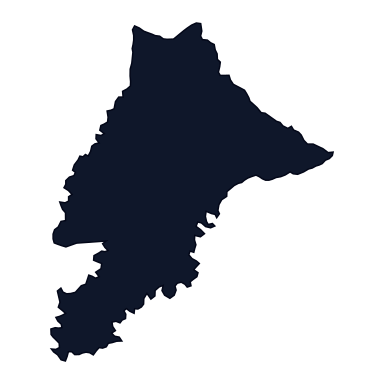 Palma Sola, Santa Catarina, Brazil (orthographic projection)
{"feature_id": "56859067B30119387857874", "entity_name": "Palma Sola", "entity_type": "district", "adm_level": 2, "iso_a3": "BRA", "parent_name": "Brazil", "parent_adm1": "Santa Catarina", "projection": "orthographic", "projection_center": [-53.322, -26.383], "detail": "fine", "context": "isolated", "style": "filled", "palette": "ink", "viewbox_px": 384, "rotation_deg": 0, "n_neighbors": 0, "source": "geoboundaries", "source_scale": "gbopen_adm2", "svg_char_len": 3569}
<svg xmlns="http://www.w3.org/2000/svg" viewBox="0 0 384 384"><path d="M132.5,29.8L133.7,35.4L133.7,40.1L133.1,44.4L132.2,48.6L132.9,52.3L132.5,56.3L131.8,63.2L130.2,69.1L130.1,76.0L130.6,81.8L130.4,86.0L126.8,89.1L122.6,91.3L123.1,97.1L118.7,97.1L115.5,101.5L114.1,108.8L111.0,110.2L107.1,111.0L108.1,117.2L107.6,122.0L104.1,124.1L100.9,125.5L99.8,130.2L104.3,133.6L101.1,135.5L96.2,134.6L96.0,138.8L99.1,142.9L94.9,143.9L91.8,146.2L90.6,151.4L88.2,156.0L85.4,154.5L83.0,156.8L79.9,156.1L78.1,159.9L74.3,164.9L72.6,170.2L75.4,172.3L74.0,175.6L69.4,177.1L65.8,180.6L65.8,184.3L64.0,187.7L68.4,190.5L72.1,194.5L68.6,196.7L68.6,201.1L65.1,202.8L59.8,202.0L61.0,205.5L62.6,209.4L65.5,212.7L65.6,220.6L61.0,221.4L58.2,227.0L54.6,229.7L53.1,234.1L53.1,238.9L54.2,242.9L57.6,244.2L61.9,245.7L65.9,246.9L76.6,243.1L106.2,241.0L102.6,243.7L105.0,247.5L108.1,250.5L105.0,251.7L101.7,251.1L98.6,253.1L94.0,255.6L93.6,260.2L97.4,261.8L101.7,263.5L101.0,268.7L95.7,272.2L99.1,276.7L95.5,278.2L92.2,276.3L88.8,275.1L87.5,279.1L85.8,284.2L81.3,285.7L78.7,288.6L75.4,292.3L70.7,293.5L66.6,293.8L63.0,292.1L60.9,288.1L57.4,291.0L58.7,296.6L60.0,302.2L58.3,307.2L62.6,310.7L65.6,313.4L62.5,315.1L59.5,316.4L55.9,317.4L57.9,321.1L61.3,324.2L61.9,327.7L58.5,328.1L55.2,327.7L50.9,329.0L51.1,334.5L53.2,337.2L56.8,340.7L59.2,343.2L59.4,347.6L55.9,349.4L51.4,349.0L53.6,351.9L57.6,354.8L61.1,359.8L65.4,361.0L67.1,356.5L68.4,351.7L71.7,351.7L74.7,354.6L79.1,354.5L82.4,353.0L86.0,352.2L89.6,352.7L93.3,354.9L96.2,350.9L99.1,347.6L102.6,348.1L106.3,346.8L108.3,343.3L112.1,342.6L116.7,341.2L121.8,341.0L119.2,337.1L114.6,336.2L111.6,333.1L115.4,330.6L112.7,326.5L112.0,322.1L116.0,321.3L120.0,322.9L122.2,320.0L125.5,318.6L125.8,314.2L123.9,310.8L126.4,308.6L129.9,311.3L134.1,313.3L134.6,308.7L137.9,309.0L141.4,307.0L143.6,304.1L143.8,298.6L146.9,293.4L148.9,296.2L150.9,299.1L154.9,296.0L155.1,290.5L159.2,286.9L163.2,285.4L162.0,290.6L164.6,295.2L169.9,298.3L174.2,295.2L176.1,290.1L175.0,286.1L177.3,283.2L181.3,282.2L185.0,284.3L187.2,287.1L191.0,285.8L190.2,281.8L192.9,279.6L196.9,276.7L198.0,272.7L193.7,269.7L196.1,267.0L199.3,263.5L196.4,261.0L192.0,258.6L188.8,254.8L190.0,251.1L193.8,252.3L194.7,248.6L195.9,244.8L194.5,240.0L194.7,235.4L200.4,236.8L204.5,233.7L200.6,229.7L196.1,226.4L197.7,222.0L201.4,222.9L205.6,226.6L210.6,227.8L214.8,226.0L212.4,223.5L208.2,224.5L206.5,221.5L205.4,216.5L206.1,211.3L211.6,213.6L215.1,214.4L216.7,217.7L219.4,213.8L217.9,210.5L218.9,204.7L221.7,199.7L226.7,196.4L226.9,191.6L230.0,189.1L234.2,185.5L238.4,183.3L241.7,182.5L244.4,180.2L247.7,178.1L251.5,176.6L256.0,175.1L259.3,176.7L262.4,178.8L265.6,180.2L268.9,180.2L272.3,179.2L276.1,177.5L280.7,176.7L285.3,174.9L290.1,171.9L293.2,173.8L297.7,174.3L303.6,171.9L308.5,169.0L312.3,168.0L315.9,166.0L319.2,165.0L322.2,163.6L325.4,160.2L329.3,158.6L332.3,155.6L333.1,152.1L328.1,152.6L323.1,148.8L313.2,144.1L307.5,144.1L303.9,140.4L301.2,135.0L298.5,132.1L293.6,130.0L291.4,126.3L287.9,128.4L282.9,125.9L280.0,122.4L276.5,121.3L265.1,113.2L261.2,112.7L257.1,107.7L253.3,104.2L250.0,101.3L248.8,97.7L246.6,93.6L244.5,90.2L240.6,88.1L237.7,86.6L233.3,84.3L230.4,79.9L229.0,75.3L225.5,75.4L220.2,75.4L218.4,72.2L219.7,66.7L220.3,62.1L217.4,59.4L217.1,53.8L215.2,49.9L214.2,44.5L210.5,42.7L207.4,40.1L202.4,39.6L200.6,36.0L201.8,31.1L200.7,23.6L196.3,23.0L191.6,25.1L187.2,28.1L183.9,30.6L180.1,33.7L176.6,36.6L173.5,39.1L167.0,39.3L163.3,38.9L159.7,36.2L155.1,35.6L152.0,34.2L147.8,32.7L143.8,31.2L139.3,28.0L134.6,25.9L132.5,29.8Z" fill="#0f172a" stroke="#020617" stroke-width="1.5"/></svg>